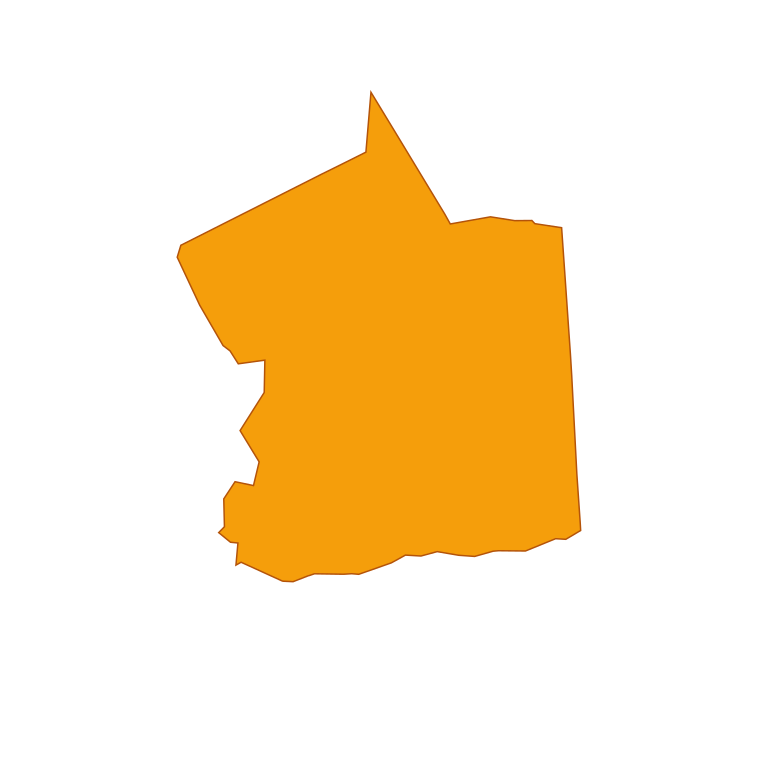 Gwinnett, Georgia, United States of America (Albers equal-area conic projection), rotated 310°
{"feature_id": "52423323B79276741434448", "entity_name": "Gwinnett", "entity_type": "district", "adm_level": 2, "iso_a3": "USA", "parent_name": "United States of America", "parent_adm1": "Georgia", "projection": "albers", "projection_center": [-84.077, 33.96], "detail": "fine", "context": "isolated", "style": "filled", "palette": "amber", "viewbox_px": 768, "rotation_deg": 310, "n_neighbors": 0, "source": "geoboundaries", "source_scale": "gbopen_adm2", "svg_char_len": 891}
<svg xmlns="http://www.w3.org/2000/svg" viewBox="0 0 768 768"><g transform="rotate(310 384 384)"><path d="M325.7,277.4L300.5,297.7L255.8,303.7L244.1,338.4L222.3,349.3L213.4,332.7L193.0,335.1L172.1,353.5L163.9,352.9L164.1,368.1L168.3,374.3L150.1,387.0L155.6,389.1L167.7,432.8L168.4,433.9L174.1,441.4L188.5,449.3L189.1,449.8L193.9,452.7L212.3,475.3L217.9,481.2L222.0,487.0L251.7,504.6L266.7,510.4L276.0,522.9L289.8,532.5L300.8,551.3L310.2,564.3L326.1,575.1L329.9,578.9L347.0,599.7L375.8,614.9L381.9,623.1L398.2,628.8L403.0,624.3L439.0,589.6L511.0,522.5L526.5,507.8L549.6,485.5L563.3,472.3L617.9,419.6L603.8,396.5L604.3,392.2L593.2,379.2L580.5,358.1L549.2,331.9L553.3,321.1L584.3,230.2L599.1,186.5L550.0,221.1L528.5,211.8L504.6,201.3L446.7,176.5L359.7,139.2L348.2,144.1L325.9,192.2L310.0,236.0L310.4,244.8L305.8,259.4L325.7,277.4Z" fill="#f59e0b" stroke="#b45309" stroke-width="1.5"/></g></svg>